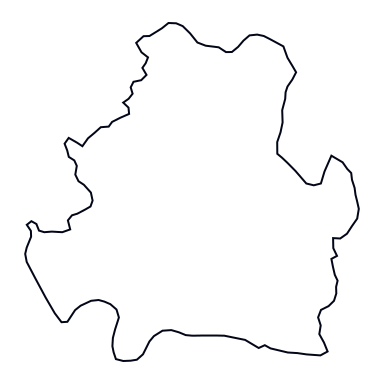 outline of Adolfo, São Paulo, Brazil
{"feature_id": "56859067B34209687665610", "entity_name": "Adolfo", "entity_type": "district", "adm_level": 2, "iso_a3": "BRA", "parent_name": "Brazil", "parent_adm1": "São Paulo", "projection": "orthographic", "projection_center": [-49.657, -21.281], "detail": "fine", "context": "isolated", "style": "outline", "palette": "ink", "viewbox_px": 384, "rotation_deg": 0, "n_neighbors": 0, "source": "geoboundaries", "source_scale": "gbopen_adm2", "svg_char_len": 1990}
<svg xmlns="http://www.w3.org/2000/svg" viewBox="0 0 384 384"><path d="M351.2,173.0L347.3,169.0L342.6,162.3L331.4,155.7L324.5,171.5L320.9,183.5L313.8,185.3L306.3,183.5L295.4,170.9L287.3,162.7L281.9,157.6L277.3,153.8L277.2,142.1L280.5,132.4L282.6,122.5L282.2,110.2L285.2,98.9L285.6,92.2L287.5,86.5L292.3,79.6L296.1,72.3L292.8,66.6L287.5,57.8L283.4,46.4L275.1,41.9L269.9,39.1L263.8,36.0L257.2,34.6L249.5,35.4L243.5,40.6L238.1,46.9L231.9,52.0L226.0,52.1L218.7,47.3L205.7,45.7L197.4,42.5L190.1,33.4L182.7,26.1L176.2,23.3L168.5,23.0L161.9,28.3L154.2,33.1L149.5,36.0L143.5,36.2L136.2,42.9L141.5,52.3L148.0,57.4L145.7,63.2L142.4,67.9L146.5,74.9L141.2,80.2L133.5,81.8L130.7,87.4L132.6,93.7L128.6,98.8L123.2,102.6L128.5,107.6L129.1,113.9L120.2,117.8L112.1,121.9L108.7,126.6L100.8,127.2L94.8,132.6L88.0,138.3L82.4,146.2L77.1,142.7L68.7,137.9L64.6,143.7L67.2,150.4L68.8,156.9L74.3,160.4L76.8,165.9L75.3,174.6L78.5,181.2L83.9,184.8L90.9,192.6L92.6,200.6L90.5,206.5L84.9,209.7L77.3,213.7L72.0,215.3L67.9,220.4L70.2,229.4L62.3,232.2L51.8,231.6L44.3,232.2L39.0,230.6L36.4,224.0L31.4,221.2L26.8,224.8L30.9,230.9L31.1,236.7L26.7,247.6L25.2,253.9L26.7,261.9L35.3,278.3L45.6,297.5L54.8,313.3L61.5,322.2L67.4,321.8L75.1,310.1L80.6,305.7L91.1,300.8L98.6,300.0L104.4,301.6L110.4,304.2L116.5,309.5L118.9,317.5L115.1,329.4L112.9,337.9L112.4,346.2L113.6,352.2L115.9,359.1L123.3,361.0L130.6,360.7L136.9,359.7L143.0,354.3L149.4,341.5L153.9,336.1L162.5,330.7L171.3,330.1L178.9,332.3L185.7,335.1L192.4,335.7L204.4,335.5L215.1,335.5L224.3,335.7L245.1,339.9L258.7,348.0L264.8,345.2L270.5,348.4L287.8,352.5L297.5,353.1L306.6,354.4L320.4,355.4L327.6,351.5L324.0,342.6L319.3,334.1L320.7,325.4L318.1,317.4L321.0,309.9L328.6,306.1L334.0,300.8L336.3,293.5L336.1,286.9L337.6,280.7L334.8,274.8L332.9,266.6L331.4,258.9L337.0,255.9L333.3,248.2L333.1,238.1L340.2,238.5L347.0,233.7L351.9,226.2L357.2,218.6L358.8,208.8L357.0,200.8L355.5,194.8L354.6,187.9L352.0,179.8L351.2,173.0Z" fill="none" stroke="#020617" stroke-width="2"/></svg>